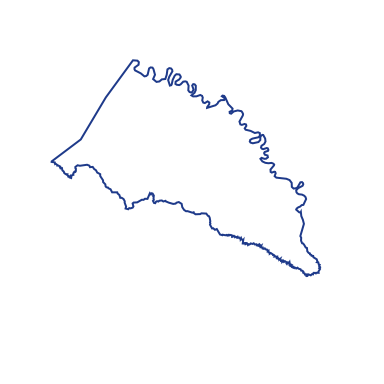 the district of Barranco Mina, Guainía, Colombia, rotated 53°
{"feature_id": "7082276B12505915261295", "entity_name": "Barranco Mina", "entity_type": "district", "adm_level": 2, "iso_a3": "COL", "parent_name": "Colombia", "parent_adm1": "Guainía", "projection": "mercator", "projection_center": [-69.213, 3.219], "detail": "fine", "context": "isolated", "style": "outline", "palette": "blue", "viewbox_px": 384, "rotation_deg": 53, "n_neighbors": 0, "source": "geoboundaries", "source_scale": "gbopen_adm2", "svg_char_len": 6095}
<svg xmlns="http://www.w3.org/2000/svg" viewBox="0 0 384 384"><g transform="rotate(53 192 192)"><path d="M51.3,159.9L64.6,203.9L83.1,249.2L83.1,285.6L83.5,286.0L85.8,283.8L87.1,284.4L87.1,284.0L89.1,283.4L89.7,283.6L89.7,283.2L92.4,281.9L92.8,282.4L93.8,282.3L93.5,282.7L94.0,282.8L94.6,281.5L96.8,282.5L98.5,282.1L99.9,282.6L101.5,282.2L102.5,281.2L102.6,281.7L104.4,281.0L105.2,281.6L106.2,281.0L106.1,280.2L106.9,280.9L108.1,280.1L106.3,278.3L106.9,276.4L106.1,276.1L105.3,274.8L105.1,273.9L105.6,273.9L105.8,273.1L105.4,272.2L103.5,270.7L102.8,270.8L101.8,270.1L101.8,267.3L103.6,265.7L107.1,259.4L109.2,258.1L110.8,258.5L112.2,256.2L114.8,256.3L116.8,255.6L119.4,256.0L122.5,254.6L124.1,255.7L129.1,256.0L130.6,257.0L133.7,256.6L135.5,257.6L136.7,257.5L137.9,256.4L138.7,256.5L140.8,255.4L144.2,256.0L147.3,251.9L148.4,252.3L150.7,251.8L153.5,252.8L154.2,251.7L156.4,250.9L158.9,251.3L160.0,252.2L164.0,253.4L165.2,255.0L167.4,253.3L167.1,251.8L168.1,250.9L168.8,248.8L168.3,247.5L165.4,246.3L165.3,245.0L167.3,242.0L168.0,236.7L169.1,235.4L169.1,233.6L170.7,231.7L167.6,226.3L169.2,226.2L168.8,224.9L169.5,224.4L170.7,224.5L171.6,225.3L172.0,224.8L174.1,226.7L175.3,227.2L175.6,228.5L177.9,228.9L178.8,228.1L178.1,226.6L178.3,225.4L179.4,224.6L179.3,223.3L180.6,221.2L182.3,220.6L183.1,218.5L183.7,218.6L186.6,216.9L190.2,214.2L191.4,212.1L191.2,210.8L192.1,208.6L195.2,207.4L198.3,208.9L201.6,209.1L203.8,208.3L204.6,207.1L208.8,204.1L209.2,202.9L210.1,203.2L211.9,202.6L214.6,198.7L214.7,197.3L217.8,193.6L220.6,193.6L221.6,193.0L223.3,193.4L226.4,195.0L227.2,196.0L228.3,196.3L228.9,197.3L233.2,197.9L233.7,196.9L236.0,196.4L236.5,194.5L242.8,195.2L244.8,193.7L244.6,193.2L246.7,191.3L247.1,190.2L248.0,190.1L248.0,188.8L248.5,188.2L249.0,188.5L249.6,186.9L250.9,186.1L251.6,186.7L251.7,186.0L252.2,186.2L252.4,184.9L253.7,184.9L253.5,184.4L255.0,183.6L255.1,182.8L255.9,183.3L256.4,181.9L257.5,182.0L258.2,181.1L259.0,181.6L258.8,181.0L259.4,181.4L259.8,181.0L259.3,180.7L261.3,180.4L261.2,180.0L263.4,182.2L264.3,180.9L264.4,181.6L265.4,180.4L265.8,180.6L266.0,179.0L267.7,179.2L267.5,178.8L267.7,178.2L268.3,178.2L268.6,177.0L268.4,176.1L269.9,174.9L270.1,173.6L271.6,173.5L272.6,171.9L273.3,171.8L273.7,172.3L275.1,171.2L274.3,170.6L274.2,169.7L274.9,169.6L275.2,170.1L276.1,169.3L276.6,169.8L276.6,169.1L277.0,169.7L277.9,169.5L278.1,169.9L278.7,169.4L278.9,170.1L279.1,169.2L279.7,169.6L280.5,169.0L280.8,167.8L282.0,167.8L283.1,166.8L284.3,167.0L284.6,166.4L285.1,167.2L285.5,166.6L286.3,167.2L287.4,166.4L288.1,167.0L288.2,165.8L290.8,164.9L291.2,165.2L291.9,164.4L293.1,164.3L293.3,164.9L294.2,163.7L294.9,163.8L295.0,163.2L296.0,164.2L296.6,163.7L296.3,163.0L297.7,163.1L298.1,162.3L298.5,162.7L298.5,161.9L299.0,162.7L299.9,162.0L300.5,162.4L300.9,161.4L301.9,162.0L301.7,161.2L302.3,161.5L302.6,161.2L302.4,160.4L303.2,160.5L303.2,159.4L305.4,158.6L305.8,159.5L306.4,159.5L306.0,158.8L306.8,158.3L306.2,157.5L307.1,157.1L306.8,156.4L308.3,157.2L309.1,156.8L309.3,157.6L309.8,157.1L310.2,157.6L310.5,156.9L310.8,157.6L311.9,157.2L311.6,156.6L312.4,156.1L312.0,155.6L312.7,156.0L312.8,157.0L314.2,156.2L313.9,155.6L315.0,154.8L315.8,154.8L316.0,153.6L315.2,153.4L317.3,153.1L319.1,151.8L320.6,152.1L321.3,151.2L322.7,151.0L323.3,151.8L324.8,151.1L325.8,151.5L326.4,150.6L327.0,151.4L326.6,150.3L326.9,149.9L327.7,151.2L328.2,151.0L328.5,150.4L328.0,148.5L330.0,147.3L329.8,145.7L330.6,144.9L329.9,144.2L329.9,143.2L331.5,142.1L331.2,141.5L332.7,139.5L331.7,139.0L330.6,136.2L329.5,136.3L329.5,135.5L328.7,135.4L328.8,134.9L327.6,134.9L327.0,133.9L326.3,134.4L324.2,133.5L323.3,134.4L323.1,133.7L320.8,132.9L317.2,134.3L316.0,133.7L314.9,134.9L314.1,134.6L312.8,135.3L312.0,134.8L310.9,135.5L308.8,135.6L305.9,133.9L304.8,134.6L301.5,134.2L299.9,134.3L299.2,134.9L296.5,134.2L294.2,132.3L292.4,132.0L284.8,121.8L281.0,120.2L277.0,119.2L273.5,117.1L273.8,117.7L272.7,118.6L268.8,119.4L268.2,118.4L268.2,116.2L268.7,114.7L268.5,112.3L269.3,110.8L266.3,105.1L264.4,104.4L262.5,104.6L260.3,105.7L258.1,108.0L256.5,108.7L255.0,108.7L253.4,107.8L252.8,105.0L253.6,100.0L252.9,98.6L251.8,98.0L250.3,98.2L249.5,99.6L251.8,105.0L251.5,106.8L250.4,108.8L248.0,109.2L244.7,106.9L241.2,106.9L238.2,108.7L231.3,116.0L229.1,116.5L227.4,113.9L226.0,113.5L225.3,114.1L224.5,116.6L223.3,117.1L221.3,115.8L220.1,110.6L219.6,109.9L218.5,109.9L216.7,110.9L215.0,113.7L212.8,115.9L209.9,117.4L206.7,117.4L206.6,115.9L209.1,114.2L210.0,112.8L210.0,110.5L208.3,109.7L206.0,111.4L204.3,111.0L203.8,109.8L204.9,106.5L204.4,105.7L202.8,105.2L201.9,105.8L200.6,109.4L199.6,110.1L198.1,110.2L196.9,108.7L197.1,105.4L195.9,102.9L193.3,101.4L189.4,100.8L188.7,101.5L188.7,103.2L189.2,104.3L191.6,106.2L192.1,108.9L189.7,114.1L187.8,115.5L186.5,115.5L185.4,114.1L185.7,111.7L188.3,105.9L187.9,103.9L185.8,102.4L184.1,103.3L182.7,106.3L178.5,108.4L174.5,111.7L172.9,111.6L171.9,108.8L170.6,108.2L169.3,109.1L168.4,111.8L167.1,112.7L164.3,111.7L161.5,105.4L160.5,104.3L158.7,103.9L157.2,103.9L154.4,106.4L152.8,110.2L153.0,113.6L151.8,114.4L150.6,113.7L151.1,110.9L149.8,109.4L143.8,110.2L136.4,108.5L134.6,108.5L133.4,109.6L133.5,110.5L136.7,109.5L137.5,109.9L137.9,111.0L136.0,113.7L135.9,116.7L136.7,118.3L136.9,121.0L133.9,129.3L133.3,128.7L132.3,125.5L131.0,124.3L129.0,125.0L128.7,128.2L127.4,129.2L125.0,128.7L123.1,126.6L121.3,126.1L119.5,127.0L118.3,130.8L116.3,133.6L114.5,134.3L114.3,130.3L112.9,127.7L109.4,125.0L107.6,125.1L106.6,126.1L107.1,127.8L111.1,129.1L112.2,131.4L112.2,132.6L110.7,133.8L108.6,133.8L105.0,130.7L100.8,129.9L99.6,130.8L98.6,132.6L99.2,136.3L98.9,137.9L97.1,139.7L95.7,140.2L94.0,138.6L94.4,134.5L93.7,132.1L93.0,131.5L90.6,131.3L88.5,133.6L88.7,135.8L90.8,139.9L93.8,143.4L94.2,144.3L93.7,145.6L88.3,143.7L86.3,140.9L83.8,135.0L82.4,134.3L80.7,134.4L79.4,135.6L79.3,137.8L83.2,141.7L85.7,145.3L83.9,148.3L84.1,151.5L82.7,154.1L78.4,155.1L76.1,151.0L70.6,148.8L68.9,148.7L67.6,150.1L67.5,151.9L71.7,156.9L71.8,158.9L71.0,160.4L66.4,161.5L60.6,164.3L59.2,164.0L58.1,163.0L58.2,158.1L56.3,156.3L54.3,156.5L51.3,159.9Z" fill="none" stroke="#1e3a8a" stroke-width="2"/></g></svg>